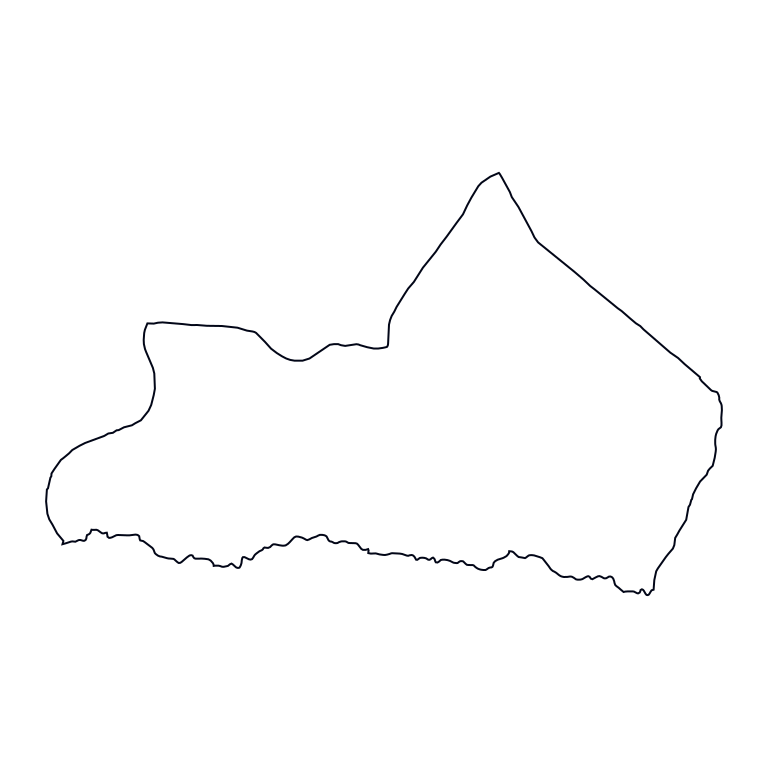 Joyabaj, Quiché, Guatemala (Robinson projection)
{"feature_id": "79465075B91239548931928", "entity_name": "Joyabaj", "entity_type": "district", "adm_level": 2, "iso_a3": "GTM", "parent_name": "Guatemala", "parent_adm1": "Quiché", "projection": "robinson", "projection_center": [-90.834, 15.008], "detail": "fine", "context": "isolated", "style": "outline", "palette": "ink", "viewbox_px": 768, "rotation_deg": 0, "n_neighbors": 0, "source": "geoboundaries", "source_scale": "gbopen_adm2", "svg_char_len": 6087}
<svg xmlns="http://www.w3.org/2000/svg" viewBox="0 0 768 768"><path d="M72.3,450.0L69.0,453.4L63.2,458.2L60.9,459.9L54.5,468.9L51.5,473.5L51.3,476.3L50.4,477.7L48.0,488.3L46.9,489.5L46.1,501.4L47.4,513.8L49.3,519.4L52.5,524.7L57.1,533.4L63.4,540.9L62.5,544.2L66.1,543.2L71.0,541.6L72.4,541.4L75.4,541.7L78.4,540.2L79.3,540.0L80.4,540.0L83.2,540.8L84.2,540.8L85.5,540.1L86.3,538.6L86.6,536.5L87.1,535.0L88.4,534.5L89.4,533.9L90.3,532.9L91.5,529.7L92.7,529.9L96.5,529.8L97.9,530.3L100.9,532.5L102.2,533.3L103.8,533.4L105.2,532.9L106.8,532.7L107.4,535.6L107.5,536.7L109.1,537.9L110.3,537.8L112.0,537.3L116.3,535.2L118.0,535.0L126.2,535.3L129.7,535.3L135.4,534.6L137.0,534.8L138.0,535.2L139.2,536.2L139.7,539.1L140.2,540.4L143.2,541.1L144.8,542.2L152.3,547.9L153.5,549.5L154.8,553.0L155.7,554.0L157.9,555.6L159.8,556.4L161.8,556.7L167.1,558.2L168.7,558.5L170.6,558.6L173.5,558.9L174.5,559.5L175.3,560.3L177.6,562.3L178.8,563.0L180.3,562.8L181.7,561.9L186.9,557.4L189.1,555.8L190.1,555.3L191.4,555.2L192.6,555.6L193.4,557.2L194.4,558.3L195.8,558.7L201.8,558.6L204.8,558.8L208.4,559.3L209.7,560.0L210.8,560.7L212.9,563.1L213.6,564.6L213.7,565.9L215.1,565.7L218.7,565.7L220.3,566.1L221.9,566.7L222.8,566.8L223.8,566.8L227.1,566.1L228.1,565.8L229.9,564.3L231.5,563.6L232.8,564.4L236.0,567.3L237.4,567.9L238.8,567.9L239.6,567.5L240.5,565.9L240.9,565.0L241.5,563.0L241.8,560.2L242.3,558.0L243.0,557.1L244.5,557.1L249.0,559.3L250.6,559.6L252.1,559.1L253.2,557.6L254.2,555.8L255.0,554.7L256.4,553.5L259.5,551.2L261.8,550.2L262.8,549.4L263.4,548.3L264.5,547.5L266.5,547.8L268.1,547.9L270.2,547.0L271.4,545.7L272.6,544.7L273.4,544.3L274.3,544.3L275.4,544.4L277.8,544.9L279.1,545.2L282.5,545.7L283.6,545.7L285.6,545.4L287.9,543.9L289.7,542.2L292.8,538.8L294.3,537.3L296.1,536.5L298.2,536.6L302.0,537.6L303.9,538.5L306.2,539.8L307.3,540.1L309.3,539.4L311.9,538.0L316.5,536.5L318.1,535.6L319.8,534.9L322.4,534.9L324.2,535.2L325.5,535.7L326.6,536.5L328.5,540.2L329.3,541.0L330.3,541.5L331.4,541.6L332.6,542.1L333.7,542.8L334.7,543.1L336.0,543.2L337.5,543.0L339.1,542.1L340.9,541.5L342.1,541.3L343.9,541.3L344.9,541.3L346.4,541.7L347.8,542.6L348.8,543.0L355.5,543.2L356.9,543.6L358.0,544.6L361.3,548.9L363.0,549.9L365.5,549.9L368.1,549.1L368.6,550.6L368.4,551.6L368.3,553.1L370.8,553.6L375.5,553.4L376.6,553.6L379.5,554.4L383.1,554.9L385.0,555.0L387.2,554.6L389.4,554.0L391.0,553.4L392.0,553.2L394.2,553.3L399.8,553.6L402.2,554.0L406.8,555.6L408.2,555.8L409.6,555.3L411.6,555.0L412.8,555.3L413.8,556.1L414.6,557.0L416.1,559.7L417.3,559.8L419.8,558.0L420.8,557.8L422.5,557.7L424.4,557.9L426.2,558.4L428.2,559.7L429.4,559.8L430.5,559.3L431.7,558.2L433.0,557.6L434.3,558.7L434.9,560.0L435.3,561.4L435.8,562.3L437.5,562.5L439.0,561.6L440.8,560.0L442.4,559.7L444.9,559.7L447.5,560.1L450.0,560.9L453.1,562.5L454.0,562.8L456.6,563.1L457.6,563.0L459.0,561.9L460.2,561.2L461.9,561.1L463.2,561.4L465.7,563.9L466.9,564.8L468.4,565.0L472.9,565.1L474.0,565.6L474.9,566.6L476.3,567.7L477.7,568.6L479.5,569.3L481.0,569.7L483.3,570.0L485.5,570.0L486.5,569.5L488.6,568.0L490.2,567.5L491.5,567.4L492.4,566.9L493.0,565.7L493.7,562.8L495.1,561.2L497.7,559.7L502.5,558.2L503.7,557.7L506.5,556.1L508.1,554.3L509.0,552.9L509.2,551.2L512.0,551.5L513.4,552.2L517.1,555.8L518.6,557.0L519.9,557.2L521.9,557.5L525.0,558.1L526.1,557.5L527.2,556.6L528.7,555.5L529.9,555.2L531.7,555.1L534.1,555.4L539.9,557.2L542.4,558.2L543.7,559.8L548.7,566.2L550.4,568.7L551.4,569.8L552.9,571.0L554.4,571.7L556.2,572.8L558.9,575.0L560.6,576.1L562.0,576.6L563.9,577.0L567.4,576.9L570.2,576.5L571.8,576.7L573.7,577.7L576.1,579.4L577.9,579.7L580.5,579.6L582.4,579.1L585.6,577.2L587.3,576.4L588.3,576.2L589.6,576.8L590.8,578.6L592.4,579.2L595.7,577.4L598.0,576.3L599.5,576.1L601.4,576.8L603.8,578.2L604.9,578.4L606.3,578.2L609.0,576.6L610.4,576.5L611.7,577.0L612.5,577.7L613.3,578.8L614.2,581.3L614.5,582.9L615.2,584.9L616.5,586.2L618.7,587.8L620.5,589.4L623.6,592.0L625.2,591.6L627.7,591.4L632.8,591.4L634.0,591.6L635.5,592.4L637.1,593.2L638.1,593.4L639.7,592.5L640.2,591.5L640.6,590.0L641.9,589.3L643.0,589.8L643.8,590.7L645.5,593.7L646.5,594.9L647.8,595.1L648.8,594.6L649.6,593.5L650.5,591.9L651.6,590.3L653.6,589.7L654.3,580.1L656.2,571.3L657.8,568.5L665.8,557.1L668.4,553.8L672.9,548.6L674.3,545.1L675.2,537.9L677.2,534.6L679.4,530.6L686.2,519.8L688.5,507.0L690.0,504.7L691.3,499.9L692.0,499.1L693.1,494.3L696.1,488.3L700.1,481.5L706.7,474.7L708.1,470.7L709.8,468.6L712.7,465.8L714.7,457.8L715.7,451.6L715.9,449.4L715.8,447.7L715.3,444.8L715.2,443.4L715.2,439.8L715.6,436.2L716.2,433.8L717.6,430.4L718.5,429.1L720.9,427.3L721.5,425.4L721.5,422.2L721.4,420.9L721.3,417.7L721.9,410.1L721.7,405.9L721.4,404.5L720.9,403.2L719.8,401.3L719.2,399.5L719.3,397.8L718.7,395.2L717.4,392.6L716.6,392.0L712.2,390.9L711.0,390.1L701.8,381.3L699.8,378.5L700.0,377.2L684.6,364.1L678.1,358.0L670.4,352.7L643.5,329.4L640.3,326.1L635.9,323.3L630.2,318.5L621.6,311.0L617.8,308.3L594.5,289.3L590.1,285.9L583.6,279.7L574.4,271.8L538.1,242.4L534.5,237.5L531.5,231.2L518.4,206.9L511.8,197.1L509.9,192.1L502.0,177.7L499.8,174.0L498.9,172.9L490.4,176.6L481.5,182.7L478.3,186.2L471.4,197.6L467.2,205.4L463.0,214.3L456.2,223.4L446.6,236.7L440.6,244.5L435.8,251.7L422.9,267.7L413.9,281.9L408.2,288.5L404.7,293.9L396.6,306.9L394.3,311.6L391.7,315.9L390.1,320.0L389.0,324.6L388.1,343.5L387.9,345.1L387.2,346.7L386.0,347.2L382.7,347.9L378.4,348.5L373.6,348.5L367.2,347.2L360.2,345.2L358.5,344.5L356.4,344.2L345.2,345.9L341.0,345.2L338.1,344.1L334.2,344.1L329.7,344.8L309.5,358.5L302.5,360.7L294.7,360.7L290.2,359.9L286.2,358.5L282.0,356.3L276.9,353.1L271.1,348.7L265.0,341.9L256.1,332.9L254.5,332.0L252.6,331.5L246.9,330.6L237.5,327.7L221.8,326.0L207.0,325.8L197.1,325.0L191.7,325.1L183.1,324.1L162.6,322.4L158.0,322.7L153.8,323.6L147.4,323.4L144.9,329.8L144.2,333.0L143.7,339.9L143.9,344.1L145.0,349.0L146.1,351.9L152.9,367.9L154.3,373.5L154.9,388.7L153.7,395.2L151.2,405.0L148.5,410.8L140.9,420.3L135.3,423.2L131.9,425.3L124.0,427.3L118.7,430.1L116.6,430.3L112.9,432.8L108.3,433.5L104.3,435.9L85.3,442.9L79.7,445.7L72.3,450.0Z" fill="none" stroke="#020617" stroke-width="2"/></svg>